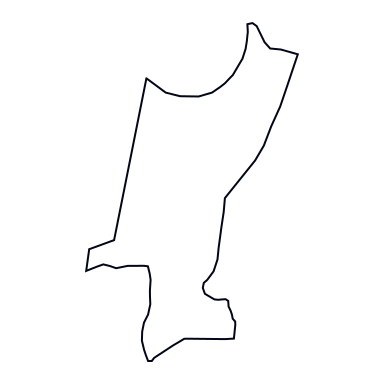 Batha Ouest, Batha, Chad
{"feature_id": "50815135B78939282341988", "entity_name": "Batha Ouest", "entity_type": "district", "adm_level": 2, "iso_a3": "TCD", "parent_name": "Chad", "parent_adm1": "Batha", "projection": "natural_earth1", "projection_center": [18.7, 14.28], "detail": "fine", "context": "isolated", "style": "outline", "palette": "ink", "viewbox_px": 384, "rotation_deg": 0, "n_neighbors": 0, "source": "geoboundaries", "source_scale": "gbopen_adm2", "svg_char_len": 1105}
<svg xmlns="http://www.w3.org/2000/svg" viewBox="0 0 384 384"><path d="M297.8,54.3L280.8,49.5L270.2,48.5L264.6,42.3L256.7,26.1L252.5,23.1L249.6,23.7L247.4,24.2L247.7,29.6L247.8,32.2L247.4,35.4L246.9,40.8L245.6,48.9L242.4,58.9L241.4,60.5L232.8,75.1L230.5,77.4L224.8,83.4L219.9,87.2L212.0,92.6L198.6,96.5L180.0,96.2L165.7,92.6L146.5,78.4L146.4,78.4L114.1,240.1L89.2,249.2L86.2,270.9L97.1,266.6L103.3,264.4L109.9,266.0L116.1,268.2L127.6,265.9L144.1,265.8L147.9,266.3L149.7,273.6L150.6,279.9L149.9,290.7L150.0,296.9L150.3,304.2L148.1,314.5L144.0,322.6L142.2,331.5L141.9,340.7L144.1,349.9L146.0,355.5L148.1,361.0L151.8,361.0L154.2,357.8L172.8,345.6L184.2,338.8L186.3,338.7L225.0,339.1L233.9,338.6L235.3,325.0L235.2,321.5L232.7,318.7L231.9,314.5L230.6,310.7L228.6,306.6L228.2,300.9L225.6,299.2L222.3,299.4L218.1,299.8L214.4,299.4L208.8,296.1L204.9,293.8L202.8,287.9L203.8,282.9L207.3,279.8L213.6,271.3L217.5,259.4L218.6,248.1L220.5,234.1L221.2,228.6L223.7,212.0L224.9,198.1L238.7,180.9L255.1,160.5L263.8,145.7L271.2,126.4L280.2,106.5L287.0,86.5L297.8,54.3Z" fill="none" stroke="#020617" stroke-width="2"/></svg>